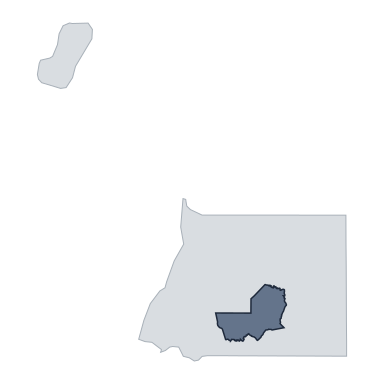 location of Evinayong, Centro Sur, Equatorial Guinea
{"feature_id": "11065452B18175278434840", "entity_name": "Evinayong", "entity_type": "district", "adm_level": 2, "iso_a3": "GNQ", "parent_name": "Equatorial Guinea", "parent_adm1": "Centro Sur", "projection": "robinson", "projection_center": [10.451, 1.358], "detail": "fine", "context": "in_parent", "style": "filled", "palette": "slate", "viewbox_px": 384, "rotation_deg": 0, "n_neighbors": 0, "source": "geoboundaries", "source_scale": "gbopen_adm2", "svg_char_len": 5615}
<svg xmlns="http://www.w3.org/2000/svg" viewBox="0 0 384 384"><path d="M345.9,215.2L346.0,243.1L346.2,266.8L346.3,292.3L346.4,319.0L346.6,341.6L346.6,356.2L324.8,356.1L295.8,356.0L266.8,355.9L237.9,355.8L223.3,355.7L207.3,355.7L202.1,356.4L198.5,360.1L194.3,361.0L189.3,357.8L183.3,356.3L181.7,353.0L178.7,347.1L172.7,346.5L169.7,347.1L165.4,350.5L160.6,352.3L161.5,349.6L151.9,342.3L145.1,341.6L138.7,339.3L143.9,320.3L150.3,303.6L159.9,290.9L165.0,287.8L166.7,281.6L174.2,260.9L183.7,244.1L180.7,227.1L183.0,198.6L185.7,199.4L186.1,202.1L186.8,206.1L190.4,209.6L202.1,215.1L237.0,215.1L257.8,215.1L288.6,215.1L321.1,215.2L345.9,215.2ZM69.5,23.0L72.2,23.5L88.1,23.1L92.4,29.4L91.9,38.8L75.5,66.3L72.5,77.8L66.1,87.6L60.6,88.4L41.7,82.7L38.5,79.2L37.4,74.5L39.2,63.5L40.6,60.2L49.7,58.1L52.6,56.4L57.5,44.6L59.1,33.8L63.1,25.7L69.5,23.0Z" fill="#d9dde1" stroke="#a8b0b8" stroke-width="1"/><path d="M265.0,284.6L254.3,295.8L251.0,298.8L250.9,313.1L215.7,313.0L217.6,322.0L217.4,323.4L217.5,324.0L217.6,324.8L217.8,325.4L218.1,325.9L218.8,326.7L219.3,327.3L219.9,327.7L220.6,328.0L221.3,328.2L221.9,328.5L222.5,329.5L225.4,338.8L225.5,339.3L225.9,339.7L226.4,339.6L226.7,339.4L227.5,339.2L228.1,339.3L228.6,339.6L228.9,340.1L229.3,340.4L229.8,340.5L230.6,340.9L230.6,341.0L230.9,340.7L231.4,339.7L231.6,339.4L232.4,339.5L232.6,339.5L232.8,339.5L233.0,339.4L233.3,339.6L233.5,339.6L233.8,339.6L234.0,339.5L234.5,339.7L234.5,339.8L234.4,340.0L234.5,340.2L234.6,340.3L234.7,340.5L234.8,340.6L235.0,340.7L235.3,340.6L235.6,340.4L235.9,340.3L235.8,340.5L235.7,340.6L235.8,340.8L235.9,341.0L236.0,341.0L236.3,341.0L236.4,340.9L236.5,341.0L236.8,341.0L237.0,340.9L237.0,340.7L236.9,340.3L237.1,340.3L237.3,340.2L237.5,340.1L237.8,340.0L238.0,340.1L238.3,340.1L238.5,340.1L238.7,340.3L238.8,340.3L239.0,340.6L239.0,340.8L239.1,341.1L239.3,341.1L239.6,341.0L239.8,340.7L240.0,340.4L240.1,340.2L240.3,339.8L240.4,339.7L240.5,339.5L240.5,339.4L240.6,339.5L240.8,339.7L240.9,339.8L240.9,340.0L241.0,340.1L241.3,340.2L241.6,340.5L242.1,340.9L242.3,341.0L242.5,341.1L243.1,341.0L243.2,340.9L243.3,340.8L243.4,340.7L243.4,340.3L243.6,340.1L243.7,339.9L243.8,339.8L243.8,339.7L243.7,339.6L243.6,339.4L243.7,339.5L243.8,339.5L243.9,339.4L244.0,339.4L244.1,339.2L244.0,338.9L243.6,338.7L243.5,338.4L243.4,338.3L243.3,338.2L243.5,337.9L243.7,337.5L243.7,337.4L244.0,337.2L244.2,336.9L244.2,336.7L244.4,336.7L244.5,336.7L244.8,336.5L245.1,336.7L245.4,336.7L245.5,336.7L245.9,336.3L246.0,336.2L246.2,335.9L246.2,335.7L246.3,335.5L246.3,335.3L246.3,335.1L246.5,335.0L246.8,335.0L247.0,335.1L247.3,335.1L247.4,334.9L247.5,334.8L247.6,334.6L247.8,334.4L248.1,334.3L248.3,334.1L248.3,333.9L248.5,333.9L248.8,333.7L248.9,333.8L249.0,334.1L249.1,334.4L249.2,334.5L249.5,334.8L249.9,335.0L250.0,335.1L250.3,335.3L250.5,335.4L250.8,335.4L251.0,335.6L251.2,335.9L251.3,335.9L251.6,335.8L251.8,336.2L251.8,336.3L252.1,336.4L252.4,336.5L252.6,336.5L252.9,336.7L253.4,336.8L253.8,336.8L254.2,337.0L254.4,337.2L254.5,337.4L254.8,337.5L255.1,337.6L255.3,337.8L255.5,338.0L255.7,338.3L256.1,338.8L256.2,339.1L256.6,339.6L257.2,340.3L257.4,340.4L257.5,340.4L257.8,340.2L258.0,340.0L258.2,339.8L258.4,339.6L258.8,339.3L259.0,339.1L259.7,338.4L260.0,338.1L260.6,337.6L260.9,337.3L261.0,337.1L261.2,336.5L261.3,336.3L261.3,336.1L261.5,335.9L262.1,335.3L262.4,335.1L262.6,334.9L263.0,334.4L263.2,333.9L263.4,333.2L263.9,332.4L264.4,331.9L265.7,330.1L266.1,330.0L267.7,329.8L268.7,329.4L268.8,329.2L269.4,329.4L270.4,329.4L271.2,329.4L272.0,330.0L284.0,327.7L283.4,327.0L282.9,326.5L282.2,325.9L281.4,325.0L280.0,323.6L280.4,322.8L280.5,322.2L280.4,321.6L280.2,321.2L280.1,320.7L280.1,320.4L280.2,320.0L280.2,319.9L280.1,319.6L280.1,319.4L280.2,319.0L280.2,318.9L280.6,318.8L280.9,318.5L281.2,318.1L281.2,317.5L281.2,316.8L281.4,316.4L281.6,316.2L281.7,315.7L281.7,315.3L281.5,315.1L281.5,314.9L281.7,314.5L282.2,313.9L282.3,313.4L282.5,312.9L282.8,312.2L283.3,311.6L283.6,310.9L283.8,310.2L283.9,309.8L284.2,309.1L284.3,308.8L284.4,308.4L284.6,307.9L284.7,307.5L284.9,307.1L285.2,306.6L285.4,306.3L285.9,305.7L286.3,305.3L286.4,304.8L286.2,304.4L286.1,304.0L286.0,303.6L285.9,303.2L285.6,302.9L285.3,302.5L285.0,302.2L284.9,301.9L284.8,301.7L284.6,301.6L284.5,301.1L284.4,300.9L284.5,300.6L284.5,300.0L284.8,299.2L285.0,298.8L284.8,298.7L284.7,298.5L284.5,298.3L284.5,298.2L284.3,298.1L284.1,298.0L284.1,297.9L284.3,297.7L284.4,297.2L284.2,296.9L283.9,296.7L283.8,296.4L283.7,296.2L283.3,295.7L284.8,295.6L284.8,294.7L284.6,294.2L284.3,293.6L284.2,293.0L284.3,292.4L284.4,291.6L284.5,291.3L284.4,290.5L284.4,289.9L284.0,289.5L283.4,289.3L282.8,289.3L282.1,289.6L281.5,289.8L281.0,290.2L280.5,290.3L280.1,290.1L280.0,288.5L279.9,288.4L279.7,288.2L279.2,288.3L278.8,288.4L278.6,288.5L278.0,288.6L277.8,288.3L277.7,288.1L277.4,288.0L277.3,288.5L277.0,288.6L276.8,288.3L276.5,288.2L276.4,288.2L276.2,288.0L276.1,287.9L276.0,287.7L275.9,287.4L275.9,287.0L275.8,286.8L275.5,286.9L275.3,286.9L275.3,287.1L275.1,287.1L274.9,286.8L274.8,286.7L274.7,286.6L274.4,286.6L274.3,286.4L274.2,286.1L273.9,286.1L273.8,285.9L273.6,286.0L273.4,286.2L273.2,286.5L273.3,286.8L273.5,287.0L273.6,287.4L273.5,287.6L273.4,287.8L273.2,287.9L273.0,287.6L272.8,287.4L272.7,287.5L272.0,287.5L271.5,287.1L271.3,286.9L271.1,286.8L270.9,286.7L271.1,286.6L271.1,286.4L270.9,286.2L270.8,285.8L270.9,285.7L270.5,285.5L270.4,285.5L270.0,285.3L269.8,285.5L269.7,285.6L269.4,285.4L269.1,285.6L268.9,285.6L268.6,285.7L268.4,285.5L268.3,285.3L268.1,285.1L267.5,285.1L267.2,285.1L266.6,285.0L266.3,285.0L265.9,284.8L265.5,284.6L265.0,284.6Z" fill="#64748b" stroke="#1e293b" stroke-width="1.5"/></svg>